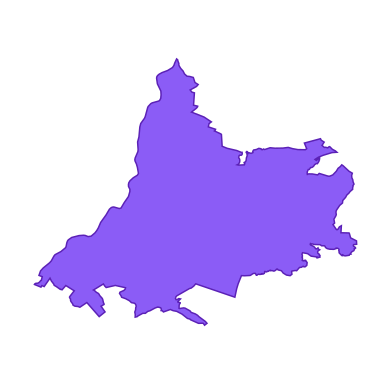 the district of Brancovenesti, Mures, Romania, rotated 177°
{"feature_id": "2599482B90638587736477", "entity_name": "Brancovenesti", "entity_type": "district", "adm_level": 2, "iso_a3": "ROU", "parent_name": "Romania", "parent_adm1": "Mures", "projection": "robinson", "projection_center": [24.725, 46.873], "detail": "fine", "context": "isolated", "style": "filled", "palette": "violet", "viewbox_px": 384, "rotation_deg": 177, "n_neighbors": 0, "source": "geoboundaries", "source_scale": "gbopen_adm2", "svg_char_len": 5884}
<svg xmlns="http://www.w3.org/2000/svg" viewBox="0 0 384 384"><g transform="rotate(177 192 192)"><path d="M249.9,209.3L253.4,206.4L254.7,204.4L255.1,202.7L255.1,200.8L253.9,198.0L254.0,195.8L255.7,190.8L260.2,185.0L263.7,179.7L265.5,179.3L270.8,181.1L272.0,181.1L273.4,180.7L275.4,179.1L279.1,173.5L284.8,166.4L287.4,161.1L289.2,158.4L291.1,156.2L295.0,153.2L298.1,152.9L300.9,154.2L302.6,154.5L307.1,154.4L314.5,152.9L318.0,150.7L318.9,149.6L319.7,147.7L320.6,144.1L321.2,143.0L326.0,139.4L332.0,136.6L333.2,135.3L336.1,130.6L337.9,128.8L344.6,123.9L347.4,121.1L349.2,116.7L346.0,115.3L347.1,111.6L347.7,111.5L348.7,110.3L349.9,109.4L350.9,109.0L352.7,109.0L353.9,108.4L354.2,107.9L347.8,104.9L346.8,106.4L344.6,105.3L338.3,113.4L337.1,110.5L334.9,107.3L334.5,106.0L332.5,104.7L328.7,101.7L328.5,101.9L326.9,101.1L322.9,105.2L314.8,99.5L319.2,94.4L319.7,93.8L319.8,92.9L318.9,91.5L319.0,90.5L318.7,89.1L317.0,86.5L316.7,85.2L314.9,84.1L311.8,83.6L310.0,82.8L302.8,87.1L291.2,72.4L285.1,76.8L288.8,82.7L285.7,84.3L285.8,85.3L286.2,86.0L286.8,89.5L287.2,90.5L289.7,93.6L290.1,94.7L290.9,95.7L292.7,96.8L294.6,98.8L295.5,99.3L285.3,104.8L284.1,102.7L282.7,101.1L273.5,102.7L263.4,99.9L263.7,98.6L265.1,97.3L269.2,95.7L269.7,94.5L268.3,92.1L267.8,90.6L263.8,88.9L260.2,86.7L258.3,84.7L255.5,84.0L254.8,83.6L254.0,82.3L253.7,80.8L254.3,79.3L254.5,77.3L255.4,75.1L255.1,72.7L255.3,70.0L253.2,70.4L252.4,71.1L247.6,73.4L244.9,73.3L242.4,75.1L240.2,75.6L235.1,78.0L232.4,78.9L232.0,78.7L231.2,78.8L230.7,78.4L229.4,78.1L228.7,76.6L229.1,75.2L227.8,74.9L226.8,73.7L219.8,75.8L217.1,74.5L213.5,73.6L208.4,70.6L203.2,66.0L200.7,65.2L200.2,64.5L192.4,60.5L188.1,60.4L187.6,60.2L186.4,58.3L183.9,60.1L185.4,62.0L191.7,67.2L192.9,68.6L195.1,70.1L199.1,71.8L200.2,73.4L205.0,76.4L206.5,76.7L210.4,76.3L211.0,76.5L210.8,79.3L210.4,80.7L209.7,81.3L209.6,82.0L210.7,82.2L211.0,82.8L211.7,82.6L211.9,83.1L211.8,83.5L209.1,85.8L210.7,86.3L212.4,85.4L213.5,85.3L214.1,86.6L213.5,88.3L212.6,89.1L199.6,95.7L197.8,96.1L195.2,97.9L193.1,100.1L154.7,84.7L152.4,93.2L150.7,97.9L147.0,105.9L143.9,105.6L138.7,105.6L138.0,105.7L135.2,107.4L133.4,107.5L132.9,107.3L132.1,105.5L131.5,105.5L130.2,106.4L129.4,106.4L128.7,106.1L126.4,106.3L126.7,106.8L126.2,106.9L125.1,106.4L124.0,107.0L123.6,108.7L123.3,108.9L122.2,108.3L121.4,108.4L120.4,109.0L119.7,108.8L119.2,109.3L118.0,109.8L117.5,109.2L116.4,109.4L114.3,108.7L112.6,109.4L111.6,110.5L110.6,110.5L110.2,109.7L106.8,108.7L105.2,106.3L102.0,104.1L98.4,103.3L96.5,104.6L96.7,107.4L96.4,107.8L93.1,108.2L91.6,107.9L88.6,111.0L86.7,111.1L84.9,112.0L84.1,111.4L82.9,111.4L81.2,112.7L80.7,115.5L82.1,117.8L82.7,117.3L83.4,117.9L84.5,117.4L85.5,117.9L85.1,119.2L85.2,120.1L85.5,120.7L85.2,121.1L85.4,121.6L85.1,122.0L85.1,123.3L85.5,123.9L84.8,125.6L79.8,124.4L76.4,121.7L70.3,120.5L70.8,119.9L70.6,119.6L67.6,120.3L67.7,121.1L67.5,122.0L68.3,122.4L68.2,123.2L69.5,124.2L69.7,125.5L69.4,126.4L67.5,127.6L68.8,128.4L69.1,129.6L70.4,128.7L71.5,128.9L72.4,130.3L73.5,131.4L76.4,132.9L76.7,133.5L76.4,134.3L75.7,133.8L75.0,134.0L72.6,133.2L66.8,132.7L65.4,131.5L62.7,131.4L61.9,130.7L61.6,129.6L60.0,128.4L57.7,127.7L53.4,127.3L50.9,128.0L50.9,128.4L49.4,128.2L48.4,127.4L48.2,126.6L48.5,125.6L48.1,124.7L48.3,123.6L46.5,121.5L45.4,120.5L45.0,120.6L45.3,121.2L44.9,121.5L43.5,120.4L42.0,120.2L38.3,120.6L37.8,121.5L36.5,121.7L36.8,122.2L36.2,123.3L35.1,124.2L33.5,124.9L32.8,126.2L33.0,126.7L31.6,127.4L31.7,128.0L33.5,129.4L33.7,130.0L33.6,130.7L33.3,131.0L30.3,131.2L30.3,134.6L36.0,137.9L37.1,142.7L37.6,142.9L45.4,143.5L44.6,150.5L46.6,149.5L48.2,147.2L49.2,146.7L50.0,147.3L52.9,152.1L51.2,153.5L51.7,157.4L49.5,160.8L49.1,162.1L49.3,163.6L49.2,164.9L48.8,166.1L45.2,170.9L42.3,173.1L41.9,175.6L38.9,178.6L37.6,180.8L35.3,182.7L34.2,184.1L31.4,186.3L31.4,187.8L30.9,189.0L31.0,189.8L29.8,191.4L30.6,193.7L30.8,195.8L31.6,197.8L31.7,200.1L30.9,202.4L34.1,204.5L39.7,210.3L41.0,211.3L42.6,209.6L44.9,208.0L46.8,205.2L50.5,201.7L53.6,200.6L55.2,200.7L64.0,203.9L65.6,202.5L70.8,203.7L74.7,204.0L75.9,203.5L76.0,203.9L75.9,206.0L74.7,208.4L73.7,208.4L72.3,210.2L71.1,210.2L70.1,210.7L69.1,211.5L68.2,212.8L66.4,213.9L65.3,213.7L63.7,215.9L63.5,216.8L63.1,217.3L62.8,219.0L63.6,218.9L66.2,217.0L67.5,218.1L64.0,220.1L59.1,221.8L50.2,224.0L45.2,224.1L46.6,225.5L49.6,227.3L52.1,230.1L53.0,229.9L54.1,229.0L56.3,229.7L57.5,229.6L59.7,231.7L57.4,234.9L60.3,237.0L60.9,238.5L77.2,235.0L75.2,229.2L76.6,228.3L84.0,228.8L89.2,230.0L93.6,231.5L98.9,231.1L106.8,231.4L111.7,232.1L117.2,230.6L118.4,231.2L119.3,230.6L120.5,230.8L120.8,231.6L123.0,232.1L125.4,231.1L128.3,230.7L129.2,229.4L129.0,228.6L129.2,228.1L131.0,227.5L134.4,228.7L134.7,229.4L135.1,229.6L135.8,229.0L135.8,228.5L134.4,227.2L135.1,226.9L135.0,225.3L135.9,223.2L136.3,220.7L137.0,219.3L138.2,218.9L138.5,218.5L137.8,217.5L138.3,216.4L144.0,216.4L145.4,216.8L144.0,217.4L142.8,219.4L142.6,221.5L142.9,222.8L143.6,223.7L143.2,225.6L142.3,226.3L141.0,226.1L140.2,226.6L139.8,227.4L139.9,229.0L140.6,229.0L145.2,231.1L154.6,233.8L159.5,236.1L159.6,247.9L160.0,248.4L166.4,251.8L165.7,252.4L165.2,253.4L172.3,256.2L171.4,259.4L169.0,261.0L176.0,266.2L188.3,271.8L183.0,275.6L181.9,276.9L181.8,277.4L185.9,278.6L184.4,290.9L186.8,291.7L188.5,294.0L181.9,297.2L180.2,299.0L183.3,301.2L184.7,306.3L188.2,307.5L190.9,307.9L193.3,310.3L194.6,313.3L196.8,316.0L198.1,318.4L198.5,319.6L198.4,321.1L199.2,323.5L199.4,324.8L200.4,325.7L202.6,321.5L203.4,319.4L205.0,317.3L210.0,314.6L215.7,312.8L218.6,311.4L220.3,310.1L221.2,308.7L221.4,307.4L220.9,301.8L217.8,294.4L217.8,290.6L218.3,287.2L219.5,285.2L220.4,284.6L227.1,283.1L228.5,282.4L231.3,279.7L231.9,278.5L234.7,269.9L235.6,268.1L239.6,263.1L240.7,259.6L242.1,249.8L243.7,244.8L243.6,237.2L243.9,235.2L247.0,228.9L247.4,227.1L247.2,225.8L246.0,222.8L245.2,219.2L244.5,213.3L245.7,211.6L249.9,209.3Z" fill="#8b5cf6" stroke="#5b21b6" stroke-width="1.5"/></g></svg>